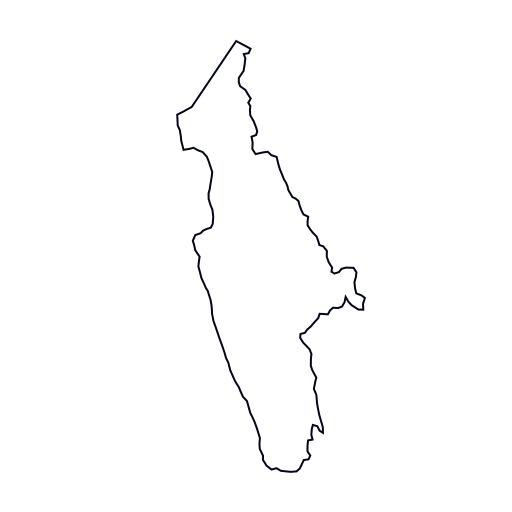 Antonina do Norte, Ceará, Brazil (Mercator projection), rotated 108°
{"feature_id": "56859067B23036701332693", "entity_name": "Antonina do Norte", "entity_type": "district", "adm_level": 2, "iso_a3": "BRA", "parent_name": "Brazil", "parent_adm1": "Ceará", "projection": "mercator", "projection_center": [-39.98, -6.763], "detail": "fine", "context": "isolated", "style": "outline", "palette": "ink", "viewbox_px": 512, "rotation_deg": 108, "n_neighbors": 0, "source": "geoboundaries", "source_scale": "gbopen_adm2", "svg_char_len": 2615}
<svg xmlns="http://www.w3.org/2000/svg" viewBox="0 0 512 512"><g transform="rotate(108 256 256)"><path d="M60.6,325.2L57.7,341.3L134.1,363.2L137.4,366.3L141.8,370.4L145.9,374.6L156.2,370.7L159.7,367.4L166.0,364.2L169.4,362.8L177.4,357.7L174.6,352.3L172.4,348.9L173.4,343.7L173.6,338.9L176.8,333.4L180.1,330.6L186.6,325.8L189.6,323.6L194.3,322.6L201.7,321.5L207.2,320.6L211.0,320.5L216.5,318.6L221.5,315.1L225.4,311.8L232.1,308.7L238.9,307.1L243.0,307.7L245.4,311.1L247.9,313.9L251.5,315.8L254.9,320.2L261.0,320.8L264.8,318.2L269.3,315.5L274.1,309.4L278.3,308.7L283.7,307.6L288.1,304.7L294.0,301.0L297.0,298.1L301.8,293.9L304.1,291.1L307.7,288.6L311.4,285.9L315.4,283.7L319.1,282.0L324.8,279.8L331.2,276.2L335.8,272.6L344.1,266.4L352.0,260.3L357.6,256.1L362.1,253.1L366.1,249.3L372.6,245.2L380.9,237.8L383.6,234.8L386.2,231.6L389.8,228.6L394.0,224.8L396.7,219.8L399.7,217.8L402.7,215.8L406.8,213.1L410.3,209.7L414.2,206.1L419.9,201.7L427.8,196.1L433.4,194.7L438.2,192.9L443.8,187.6L447.8,186.4L452.1,181.2L454.3,175.2L451.5,171.0L452.6,166.0L451.7,161.6L450.5,156.1L448.3,150.9L444.6,148.7L435.3,147.5L433.1,143.2L429.0,142.7L425.8,146.7L420.9,148.3L415.3,149.5L413.1,145.5L409.0,148.1L403.2,149.5L399.1,149.7L398.9,145.1L402.5,141.5L403.5,137.7L398.1,139.6L394.7,141.9L390.3,144.9L387.3,146.9L384.1,148.7L380.9,150.5L376.8,152.6L369.4,155.7L364.5,159.9L358.0,160.7L353.0,161.1L349.7,164.6L346.7,167.6L343.3,170.0L336.8,172.0L332.1,173.0L328.2,176.2L326.1,180.0L323.9,184.2L320.2,188.7L316.4,189.6L314.0,185.8L310.1,184.5L305.9,182.0L301.9,180.4L295.8,177.6L291.3,177.6L290.3,173.8L289.3,169.6L284.9,168.8L281.4,166.8L280.2,162.0L277.7,158.7L272.6,157.5L267.2,158.1L270.9,154.0L273.3,149.7L274.3,145.6L275.3,142.1L273.9,137.4L268.5,139.4L262.2,139.5L260.9,143.3L260.5,149.1L256.3,151.7L250.5,154.3L245.2,154.5L240.4,155.5L237.1,159.6L239.3,167.0L241.8,170.7L245.7,172.2L248.4,175.9L247.6,179.4L243.6,180.0L239.4,185.0L234.6,188.6L229.3,190.1L226.0,195.1L226.0,199.1L223.0,201.1L218.8,204.3L216.2,209.3L214.1,212.4L211.0,216.3L207.4,217.6L202.5,218.5L201.8,223.7L198.7,226.8L194.7,230.0L190.6,232.6L189.2,236.0L188.6,239.7L186.1,242.5L183.2,245.7L180.1,247.5L177.0,250.1L174.5,253.1L171.4,255.6L166.5,259.8L162.1,262.9L159.0,264.8L155.4,267.0L155.4,272.6L153.2,277.1L155.6,281.8L159.2,287.9L155.4,292.5L149.1,294.3L143.9,297.1L140.9,293.3L137.2,293.3L133.6,295.7L128.5,299.9L124.0,304.9L119.0,306.9L115.2,307.7L112.6,310.7L107.9,309.7L104.8,313.5L101.4,317.3L99.4,323.6L96.2,326.0L91.9,327.4L83.8,325.0L77.4,326.0L71.5,327.2L67.7,330.0L65.4,325.7L60.6,325.2Z" fill="none" stroke="#020617" stroke-width="2"/></g></svg>